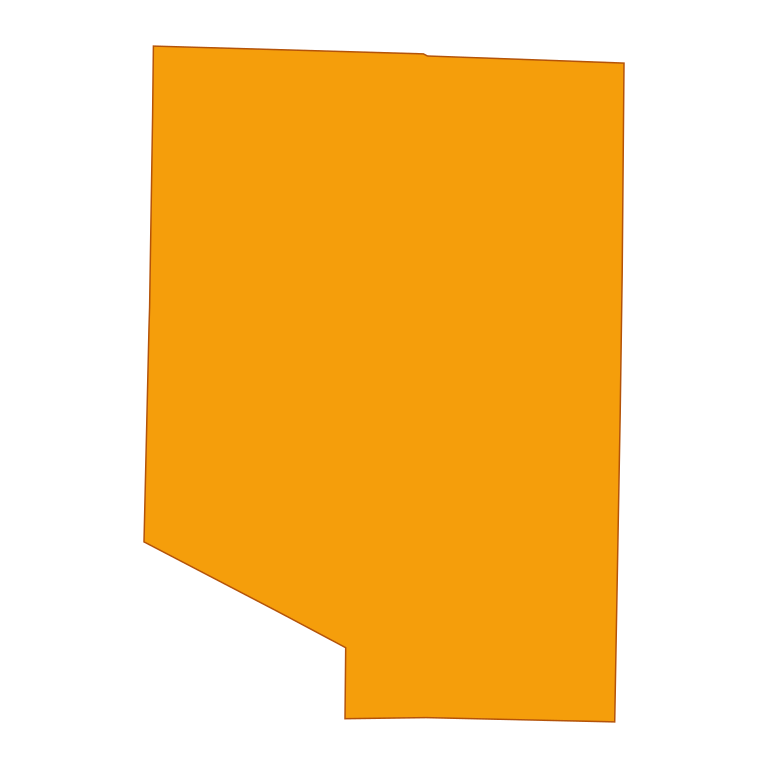 Pulaski, Missouri, United States of America (Equal Earth projection)
{"feature_id": "52423323B5552577354441", "entity_name": "Pulaski", "entity_type": "district", "adm_level": 2, "iso_a3": "USA", "parent_name": "United States of America", "parent_adm1": "Missouri", "projection": "equal_earth", "projection_center": [-92.22, 37.812], "detail": "fine", "context": "isolated", "style": "filled", "palette": "amber", "viewbox_px": 768, "rotation_deg": 0, "n_neighbors": 0, "source": "geoboundaries", "source_scale": "gbopen_adm2", "svg_char_len": 320}
<svg xmlns="http://www.w3.org/2000/svg" viewBox="0 0 768 768"><path d="M614.7,721.9L620.2,413.0L622.2,272.6L624.0,63.1L427.5,56.0L423.4,53.9L153.4,46.1L152.6,116.0L149.6,307.4L149.0,327.0L144.0,541.9L278.2,611.8L345.7,647.7L345.0,718.7L426.1,717.6L614.7,721.9Z" fill="#f59e0b" stroke="#b45309" stroke-width="1.5"/></svg>